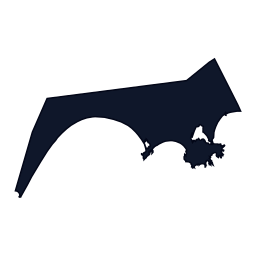 the district of Al Burayqah, `Adan, Yemen
{"feature_id": "15242507B61395835555859", "entity_name": "Al Burayqah", "entity_type": "district", "adm_level": 2, "iso_a3": "YEM", "parent_name": "Yemen", "parent_adm1": "`Adan", "projection": "equal_earth", "projection_center": [44.818, 12.796], "detail": "fine", "context": "isolated", "style": "filled", "palette": "ink", "viewbox_px": 256, "rotation_deg": 0, "n_neighbors": 0, "source": "geoboundaries", "source_scale": "gbopen_adm2", "svg_char_len": 5967}
<svg xmlns="http://www.w3.org/2000/svg" viewBox="0 0 256 256"><path d="M214.5,58.9L209.3,62.2L186.6,80.6L47.1,98.5L32.4,132.1L15.4,190.8L16.7,191.0L17.9,191.6L19.0,192.7L19.7,194.2L19.9,195.5L19.1,196.8L19.4,197.1L20.7,197.0L21.0,196.2L27.2,185.1L31.6,176.7L40.6,161.7L47.2,151.2L52.3,144.1L55.5,140.5L57.4,137.7L61.9,133.0L66.7,128.6L71.1,125.2L77.2,121.6L81.7,119.5L86.8,117.8L92.6,116.8L95.2,116.6L104.5,117.2L113.6,119.3L121.3,121.9L128.1,125.4L131.8,128.2L135.7,132.0L138.1,134.8L141.6,139.5L144.4,144.0L143.2,141.8L143.3,141.4L143.9,141.4L144.3,141.8L144.4,142.1L144.8,140.6L145.1,140.9L145.1,140.5L145.5,140.3L145.4,140.1L145.5,139.9L145.6,140.0L145.5,140.5L145.8,140.5L145.7,140.2L145.9,140.5L146.1,140.0L146.1,139.5L146.4,139.5L146.4,139.2L146.6,139.4L147.7,140.9L147.5,141.3L147.6,141.5L147.8,141.8L148.1,141.5L147.9,141.9L148.1,142.0L148.1,142.3L148.2,142.5L148.6,142.2L148.5,142.4L148.9,142.6L150.2,144.5L150.1,145.0L150.3,145.4L150.1,145.5L150.2,145.8L150.4,145.5L150.1,146.3L149.7,146.6L149.2,146.6L149.4,146.8L149.0,147.0L149.0,147.3L148.8,147.4L148.8,147.6L148.4,148.3L147.7,149.2L147.8,148.7L147.2,148.8L147.2,148.3L146.2,148.8L146.2,148.1L146.0,148.6L145.9,148.1L146.1,148.1L144.7,144.8L144.8,144.3L144.7,144.2L144.6,144.8L145.2,146.5L145.9,149.2L146.1,151.5L145.4,152.0L145.0,152.1L144.5,153.0L143.7,152.8L143.3,152.4L143.7,152.9L143.8,153.2L143.4,154.0L143.0,154.5L142.5,154.6L141.9,153.7L141.6,153.7L141.5,154.0L142.0,154.9L142.8,155.2L143.1,155.7L143.4,156.3L143.3,158.1L143.7,158.8L144.1,159.2L144.1,159.5L145.0,158.5L146.0,157.8L146.9,156.2L147.3,155.8L147.6,155.9L148.2,155.2L149.0,154.8L149.4,154.1L149.7,153.9L149.7,153.4L149.5,153.8L149.2,153.8L148.8,153.2L148.8,152.2L149.0,151.4L149.8,151.3L149.8,152.3L150.0,152.4L150.6,151.4L150.7,151.0L150.5,150.8L150.8,150.1L151.7,150.0L152.3,150.7L152.1,151.0L152.0,153.3L153.0,152.1L152.8,150.5L152.3,150.3L152.1,149.9L152.5,148.7L154.7,146.5L156.1,145.6L157.0,145.3L158.7,144.1L162.7,142.1L165.5,141.1L170.0,140.6L172.3,140.6L175.9,141.3L180.3,143.1L181.8,144.1L183.7,145.7L185.7,148.2L186.2,148.9L186.7,150.2L186.6,150.8L185.9,151.2L186.5,153.3L186.5,154.0L186.1,154.5L185.4,154.6L185.3,154.8L185.5,154.8L185.6,155.3L185.1,154.8L185.2,155.4L185.0,154.9L184.7,154.8L184.7,155.8L184.1,156.8L184.2,159.2L185.0,160.1L185.8,160.5L185.8,161.6L188.6,161.8L189.7,162.2L191.3,163.5L191.2,164.4L192.2,165.4L192.1,166.0L191.8,166.1L191.6,166.9L192.4,167.2L192.6,167.4L192.5,167.8L192.8,168.0L193.9,167.2L194.2,167.4L194.0,166.9L194.8,165.7L196.7,164.5L197.2,164.9L197.5,164.3L198.3,164.1L199.0,164.4L198.9,164.6L199.0,165.1L199.5,164.6L200.3,164.1L202.1,163.6L203.9,163.9L204.7,164.4L204.8,164.9L205.2,165.4L205.1,167.0L205.8,167.1L205.5,166.9L205.4,166.4L205.5,166.4L205.4,166.2L205.6,165.7L206.1,165.2L205.6,164.9L205.8,164.0L205.3,163.9L205.2,163.0L205.9,162.2L206.2,161.7L206.0,161.1L206.3,160.7L207.3,160.4L207.7,160.4L208.2,161.1L208.2,160.7L209.0,161.0L209.7,161.9L209.7,162.5L208.9,163.5L209.4,164.5L209.5,165.4L209.4,164.6L209.9,164.5L210.4,164.8L210.2,164.4L210.4,164.0L210.2,163.2L209.8,162.5L209.9,162.0L210.4,161.7L210.8,161.9L211.1,163.1L211.3,163.1L212.2,164.3L212.9,164.8L212.5,163.8L212.3,162.7L211.6,161.9L211.7,161.3L212.1,161.4L210.2,159.7L210.0,158.6L209.4,158.5L209.7,158.0L209.7,157.4L210.4,157.4L211.0,157.9L210.1,156.9L210.8,157.1L210.2,156.8L210.2,156.5L210.5,156.3L210.5,155.9L210.9,155.4L211.2,155.4L211.6,155.9L210.9,154.9L211.6,155.8L211.4,155.3L211.8,155.0L211.6,154.8L211.8,154.3L212.8,153.4L214.5,152.6L215.8,152.6L216.6,153.2L216.3,155.5L216.7,156.3L218.4,157.5L218.9,156.5L218.8,155.5L220.0,155.3L220.5,156.3L220.6,157.3L220.9,157.4L221.1,157.8L221.3,157.7L221.3,157.4L221.0,156.3L221.4,155.2L221.6,155.1L222.1,155.5L222.5,155.4L222.7,155.6L222.8,155.2L223.0,155.0L222.6,154.9L222.8,154.5L222.5,154.5L222.3,154.2L222.2,153.9L222.4,153.6L222.3,153.4L221.9,153.5L221.5,153.0L221.5,152.5L221.2,152.5L221.4,151.4L221.1,151.0L221.3,150.5L222.0,149.8L222.6,150.4L222.8,150.8L223.5,151.0L223.7,150.7L223.6,150.1L223.2,150.0L222.5,150.1L222.0,149.5L222.0,148.2L224.4,146.0L224.8,144.8L224.6,145.2L223.8,145.6L223.8,145.3L223.5,145.5L222.8,146.2L222.8,145.8L222.6,145.9L222.7,146.2L222.0,146.5L221.2,146.0L222.1,145.2L221.2,145.8L220.7,145.0L220.7,144.3L220.3,144.3L220.3,144.1L217.9,144.6L217.7,144.4L217.7,144.1L214.0,144.1L213.8,143.8L212.5,144.2L212.0,143.9L212.1,144.9L211.8,144.4L211.9,144.1L211.7,144.1L211.7,144.3L211.0,144.4L209.2,144.4L208.6,143.9L208.3,143.2L207.8,143.0L206.9,143.4L206.4,143.1L206.1,142.7L205.7,142.6L205.3,142.3L205.3,141.6L204.6,140.2L204.0,139.7L203.9,139.9L203.8,139.4L203.3,139.1L202.9,139.0L202.4,139.4L201.7,139.4L201.2,140.2L200.5,140.3L199.6,140.1L198.7,138.6L198.1,139.3L197.6,139.5L197.1,139.3L196.7,139.7L196.2,140.0L196.3,140.2L196.0,140.3L195.7,141.1L195.4,141.4L194.1,140.4L193.2,140.6L193.1,140.9L193.2,141.3L192.9,141.3L192.8,141.7L192.9,142.0L192.5,142.5L192.0,140.9L190.6,138.0L191.1,136.5L191.5,136.6L191.7,136.3L191.7,135.2L191.4,135.0L191.6,134.8L191.6,134.2L191.8,134.2L192.1,133.8L192.2,132.9L192.8,132.8L192.3,134.3L192.4,135.0L192.1,135.6L192.2,136.4L191.9,137.5L191.9,137.8L194.3,130.8L196.0,127.0L196.7,126.6L197.7,126.7L198.5,126.4L198.9,126.1L199.5,124.7L200.6,124.7L201.9,125.8L203.3,126.4L203.0,128.2L203.1,128.3L203.0,132.0L203.9,132.3L203.7,132.3L204.1,132.8L204.0,132.5L207.0,135.8L208.9,139.4L208.6,140.4L208.8,140.8L210.4,141.6L211.8,140.9L211.6,142.8L211.4,142.6L211.2,142.9L212.1,143.0L212.3,143.3L212.3,142.9L212.8,142.6L212.7,142.2L212.5,141.9L212.4,141.2L212.1,140.8L212.2,139.4L212.4,138.9L212.9,138.6L213.6,137.5L213.9,132.3L214.6,129.7L215.7,126.6L217.6,122.4L218.7,120.8L220.1,118.7L222.3,115.9L224.5,114.2L225.0,114.1L225.6,115.6L225.6,115.2L225.1,113.1L225.6,112.4L225.8,112.7L225.5,112.7L225.3,113.3L225.9,115.3L225.8,115.9L226.0,115.5L225.7,114.3L225.8,114.1L228.1,112.9L230.5,112.2L237.1,111.1L240.6,111.1L237.7,104.7L227.6,84.7L214.5,58.9Z" fill="#0f172a" stroke="#020617" stroke-width="1.5"/></svg>